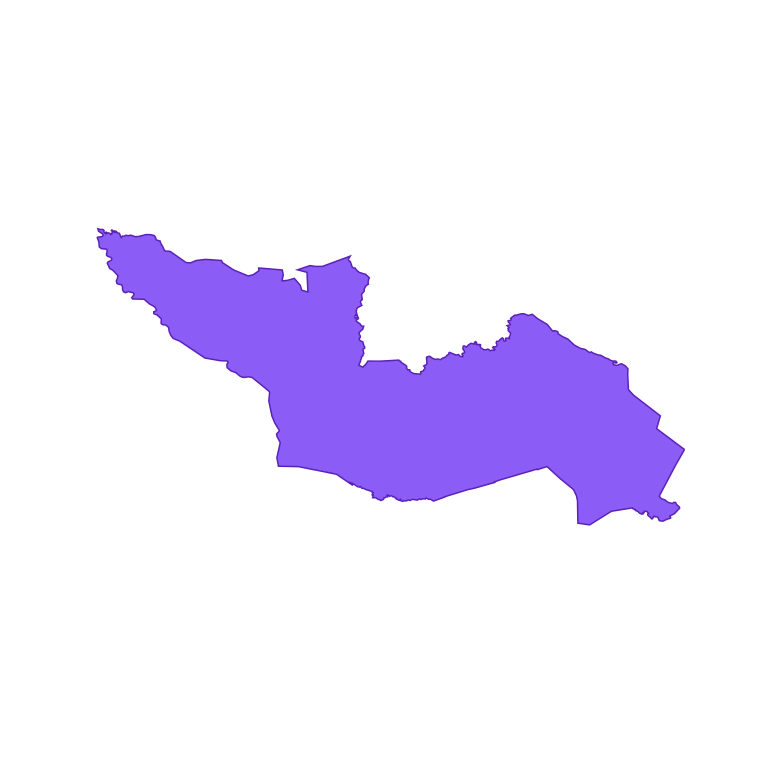 the district of Pelēču pag., Preilu, Latvia, rotated 17°
{"feature_id": "27541924B42049645458782", "entity_name": "Pelēču pag.", "entity_type": "district", "adm_level": 2, "iso_a3": "LVA", "parent_name": "Latvia", "parent_adm1": "Preilu", "projection": "natural_earth1", "projection_center": [26.741, 56.146], "detail": "fine", "context": "isolated", "style": "filled", "palette": "violet", "viewbox_px": 768, "rotation_deg": 17, "n_neighbors": 0, "source": "geoboundaries", "source_scale": "gbopen_adm2", "svg_char_len": 6111}
<svg xmlns="http://www.w3.org/2000/svg" viewBox="0 0 768 768"><g transform="rotate(17 384 384)"><path d="M169.0,402.0L176.4,402.8L205.1,411.5L220.7,409.6L227.3,407.8L228.6,408.8L228.0,411.4L229.2,414.2L233.5,416.2L238.8,416.4L244.1,418.6L246.2,418.9L248.4,418.6L252.5,416.7L255.9,416.3L275.9,424.4L277.1,425.5L278.8,433.9L286.2,447.4L291.0,453.2L297.5,459.1L297.6,459.7L295.9,463.0L296.0,463.6L297.2,465.6L301.9,470.4L303.1,485.8L307.1,493.5L326.5,488.0L364.9,484.2L383.9,490.1L380.9,488.2L383.4,488.3L388.7,489.9L391.0,489.7L391.8,489.0L393.3,490.2L395.7,489.7L397.1,490.2L403.9,490.3L404.4,491.1L405.3,491.0L404.9,491.8L406.0,493.3L405.2,493.6L406.6,494.9L406.4,496.0L409.7,495.2L412.1,496.1L413.3,495.8L415.1,496.4L417.2,494.5L417.3,492.8L418.1,492.6L419.4,491.0L420.5,490.9L420.5,490.3L419.4,489.5L419.9,488.9L422.2,489.8L422.6,489.2L424.2,488.7L425.5,489.3L426.6,488.7L428.2,489.8L429.4,489.6L429.5,490.4L430.1,490.5L432.1,490.7L433.2,489.7L433.2,490.6L434.1,490.3L434.2,490.7L436.1,490.8L437.5,489.8L439.8,489.1L440.9,487.8L443.2,487.7L444.2,486.5L445.4,485.9L449.9,485.3L451.3,483.5L452.8,483.7L455.7,482.0L457.2,481.9L457.5,480.8L458.9,480.8L460.1,481.3L462.1,480.6L465.6,481.5L475.2,474.3L475.0,474.1L495.0,460.5L500.8,457.3L518.6,445.8L518.1,445.4L523.6,441.4L555.1,420.7L555.7,421.1L564.0,415.3L580.6,423.2L596.0,429.5L600.7,434.6L603.1,438.9L610.1,460.4L621.8,458.6L638.7,439.2L657.7,429.9L658.3,430.5L659.7,430.4L660.1,430.9L661.4,430.8L661.8,431.5L664.1,431.6L665.8,432.7L668.5,433.1L669.7,432.4L669.2,431.5L670.4,430.9L670.0,429.9L672.2,428.9L674.8,430.3L674.2,431.2L674.9,432.6L677.4,433.5L679.3,434.7L680.0,434.5L680.5,433.1L680.4,432.1L681.1,431.3L682.1,431.8L683.8,431.2L684.9,431.4L687.0,434.0L687.6,434.2L690.9,433.6L694.0,430.7L697.2,428.6L697.3,428.1L696.0,426.7L699.7,423.0L703.0,416.3L702.5,415.3L698.9,413.6L697.6,412.1L695.8,412.4L694.7,414.0L690.0,414.1L686.6,412.7L682.8,412.6L680.0,410.8L686.7,375.8L690.3,360.0L690.2,358.7L657.8,347.0L657.6,333.7L625.8,321.7L619.4,317.9L614.3,303.7L612.8,298.1L609.5,296.1L605.4,295.2L604.2,295.7L601.6,298.0L598.5,298.4L597.5,298.1L596.8,297.1L597.2,296.4L599.8,296.1L600.5,295.5L599.1,294.3L595.6,295.2L593.7,295.2L591.6,294.4L588.6,294.4L582.8,293.2L580.3,293.6L574.8,293.3L573.0,292.7L571.2,293.8L566.2,292.1L561.2,292.5L554.5,291.1L546.8,287.3L541.0,286.5L535.7,285.0L535.4,283.8L534.7,283.2L532.6,282.9L530.3,283.7L530.3,284.1L529.3,283.8L522.7,279.3L512.0,276.7L505.4,274.0L501.9,276.3L497.6,275.9L494.6,276.8L490.4,279.5L488.8,280.0L485.9,284.1L486.7,285.0L486.5,286.2L484.2,287.2L484.7,288.4L486.9,289.5L487.5,290.4L484.6,292.2L487.0,293.5L486.3,294.8L487.0,295.6L487.1,296.6L490.2,298.4L490.4,300.8L489.9,302.6L490.6,303.8L487.2,304.4L486.9,305.4L487.9,307.1L487.0,307.7L485.9,307.6L484.7,305.7L483.6,305.3L482.1,307.3L481.3,309.4L479.3,310.3L479.2,311.8L480.8,313.6L480.6,314.9L479.7,315.8L478.0,316.3L477.2,317.2L478.5,318.2L480.0,318.4L479.6,319.6L477.5,320.0L475.7,321.2L474.1,320.3L472.8,320.4L471.4,321.5L469.4,322.0L466.1,321.1L464.6,319.5L465.1,318.7L464.9,318.3L464.1,318.1L461.2,319.3L460.7,318.4L460.8,317.8L459.4,316.7L458.3,317.7L459.1,319.4L455.3,319.6L453.1,322.2L452.1,324.5L449.7,324.1L448.7,324.5L449.1,327.4L451.2,329.0L451.7,330.1L451.4,331.3L450.1,331.7L449.8,332.6L451.3,334.2L451.3,334.9L448.8,335.3L446.7,334.0L444.6,335.2L437.4,334.6L437.0,335.1L437.2,336.7L435.8,338.1L435.2,340.1L432.7,341.9L430.8,344.3L428.2,344.3L425.8,345.5L423.1,345.3L419.6,344.1L417.1,345.6L416.9,346.4L419.1,351.9L418.8,353.0L416.7,355.1L418.6,356.6L418.7,357.4L418.0,358.3L417.7,360.1L415.5,361.6L415.5,362.1L416.1,362.9L416.1,363.6L415.6,364.0L409.5,365.3L407.1,365.0L405.0,364.3L404.8,363.1L404.4,362.9L402.4,363.5L401.2,362.4L400.4,360.3L399.5,359.8L393.7,358.2L393.4,357.4L392.0,357.5L391.2,356.8L373.9,363.2L361.9,366.8L360.9,370.3L358.8,374.1L354.4,373.4L354.9,368.8L354.6,367.8L355.0,366.1L354.5,364.4L355.6,363.2L355.4,362.0L355.8,360.8L353.7,357.0L355.0,355.6L354.8,354.3L354.0,353.8L351.4,349.9L348.6,349.6L347.0,348.3L347.6,346.3L347.4,345.1L345.8,343.6L345.1,342.4L346.8,339.0L347.7,338.1L347.7,334.7L345.6,335.1L343.4,333.4L339.5,332.2L338.8,331.5L338.8,330.8L340.0,329.7L340.4,328.7L339.0,327.1L337.8,329.3L336.9,329.2L336.3,327.6L336.7,326.0L338.8,326.8L336.4,323.3L336.0,320.7L336.4,318.7L339.8,315.3L337.4,312.4L337.6,310.9L338.6,309.7L336.3,304.8L337.9,301.2L337.3,298.8L337.9,296.1L338.5,294.7L339.9,293.2L339.2,291.9L338.9,290.1L338.7,287.7L339.0,286.8L334.5,284.5L327.6,284.5L324.1,282.9L322.4,281.5L321.0,282.0L319.5,281.5L315.9,276.7L315.1,276.9L313.4,275.1L314.3,271.6L290.8,289.5L284.4,291.5L278.6,292.4L267.9,300.1L277.7,299.7L284.3,318.2L277.9,318.4L275.2,314.2L267.4,309.2L261.2,313.2L256.3,315.2L255.8,309.2L253.4,304.7L230.6,309.6L230.2,309.8L231.2,312.0L231.0,312.6L227.1,317.6L222.6,320.4L207.0,318.9L194.1,315.2L192.4,313.4L176.9,317.0L168.1,320.9L163.6,324.7L159.2,325.7L140.7,319.7L136.4,320.7L135.0,320.5L132.0,317.0L129.1,314.5L128.2,312.8L124.2,312.8L122.1,310.0L120.8,309.2L117.3,309.4L112.9,310.6L106.5,314.5L103.3,315.8L98.2,315.7L96.1,317.0L93.7,317.2L92.2,318.7L90.8,318.9L89.9,320.8L86.8,317.2L85.1,317.5L83.2,316.3L82.0,316.4L82.8,317.5L82.2,317.8L79.3,316.3L78.4,316.5L78.4,317.1L79.7,317.6L80.1,318.9L79.4,319.4L79.8,320.3L79.1,321.0L77.8,320.1L75.8,320.1L74.6,321.3L74.3,320.2L73.8,320.0L73.5,320.2L73.6,321.4L73.0,321.3L71.5,320.4L71.4,319.0L69.9,318.4L67.4,319.2L65.0,319.2L66.4,321.4L70.9,322.7L71.9,323.9L71.9,324.6L71.0,325.6L67.2,327.3L67.0,327.9L69.6,331.2L71.7,336.2L74.2,337.2L79.3,336.2L80.4,337.6L80.5,340.3L81.1,342.1L82.1,342.6L85.6,342.8L87.2,344.0L87.1,345.3L84.1,348.3L84.1,349.4L87.9,353.7L91.4,354.5L97.8,358.1L98.2,361.0L97.9,363.8L99.1,365.8L100.6,366.2L104.2,365.9L105.3,367.2L106.6,370.6L108.4,372.2L110.2,372.2L112.5,370.4L117.8,370.1L118.5,370.9L118.7,371.8L117.5,375.3L118.7,376.2L129.8,373.1L136.3,376.0L142.1,377.2L144.8,379.7L144.3,381.0L142.7,382.3L143.4,384.1L146.8,384.3L152.0,386.9L153.1,391.2L153.9,391.7L154.9,392.0L157.8,391.4L160.8,392.5L161.6,393.3L163.3,396.7L166.2,400.1L169.0,402.0Z" fill="#8b5cf6" stroke="#5b21b6" stroke-width="1.5"/></g></svg>